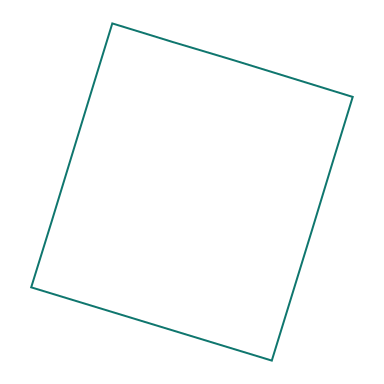 outline of Story, Iowa, United States of America, rotated 107°
{"feature_id": "52423323B9996743812881", "entity_name": "Story", "entity_type": "district", "adm_level": 2, "iso_a3": "USA", "parent_name": "United States of America", "parent_adm1": "Iowa", "projection": "robinson", "projection_center": [-93.545, 42.036], "detail": "fine", "context": "isolated", "style": "outline", "palette": "teal", "viewbox_px": 384, "rotation_deg": 107, "n_neighbors": 0, "source": "geoboundaries", "source_scale": "gbopen_adm2", "svg_char_len": 311}
<svg xmlns="http://www.w3.org/2000/svg" viewBox="0 0 384 384"><g transform="rotate(107 192 192)"><path d="M193.2,66.1L123.1,66.2L54.1,66.1L53.8,193.1L54.2,254.2L54.1,302.9L54.1,317.5L60.1,317.5L123.5,317.6L261.4,317.6L330.2,317.9L329.9,66.4L193.2,66.1Z" fill="none" stroke="#0f766e" stroke-width="2"/></g></svg>